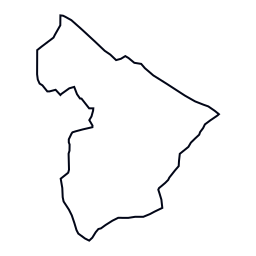 the district of Gouré, Zinder, Niger
{"feature_id": "23599985B20082731758941", "entity_name": "Gouré", "entity_type": "district", "adm_level": 2, "iso_a3": "NER", "parent_name": "Niger", "parent_adm1": "Zinder", "projection": "natural_earth1", "projection_center": [10.132, 14.056], "detail": "fine", "context": "isolated", "style": "outline", "palette": "ink", "viewbox_px": 256, "rotation_deg": 0, "n_neighbors": 0, "source": "geoboundaries", "source_scale": "gbopen_adm2", "svg_char_len": 1291}
<svg xmlns="http://www.w3.org/2000/svg" viewBox="0 0 256 256"><path d="M37.1,74.4L37.8,79.6L39.6,83.6L42.4,85.3L47.3,91.4L49.5,91.4L55.6,89.8L60.4,95.0L61.3,94.0L69.3,88.3L74.2,86.9L77.0,94.2L80.0,98.5L81.5,98.6L89.1,108.3L93.3,108.3L93.1,110.6L91.5,116.4L89.3,120.1L92.5,125.6L92.4,127.2L82.8,129.4L75.7,131.3L72.5,132.3L71.6,133.5L68.8,139.3L68.8,142.4L69.6,144.5L69.5,150.7L68.6,153.6L69.0,169.7L68.2,172.7L60.7,178.7L62.3,188.0L62.7,197.2L63.6,201.5L68.9,209.6L71.8,215.4L74.4,223.1L76.5,230.1L78.3,233.6L85.0,238.5L89.2,240.6L92.3,237.7L95.7,232.2L98.4,229.0L100.9,228.4L105.6,225.0L112.4,220.7L118.2,217.8L128.1,217.9L135.1,216.8L143.3,216.8L149.9,214.1L154.6,211.6L162.3,207.9L161.4,199.7L159.5,193.4L158.3,189.7L159.0,188.1L165.1,183.0L168.2,179.9L169.3,177.6L175.0,170.4L178.7,166.1L179.0,161.0L179.8,153.8L188.4,146.9L190.9,142.6L195.2,138.4L199.2,134.7L200.1,132.1L203.1,128.1L204.9,124.4L210.4,120.3L217.6,115.4L218.9,114.2L214.7,110.8L208.3,106.4L203.5,104.7L195.1,101.4L184.9,95.6L166.7,83.8L153.3,75.4L144.9,68.2L141.2,63.9L134.3,62.8L128.5,58.0L125.3,56.1L120.9,58.8L116.1,60.1L110.3,54.6L104.7,50.8L95.3,41.9L82.1,29.7L71.4,20.2L65.3,16.8L63.0,15.7L60.4,15.4L60.3,25.3L54.9,34.8L53.5,37.6L41.6,46.6L37.2,50.1L37.1,74.4Z" fill="none" stroke="#020617" stroke-width="2"/></svg>